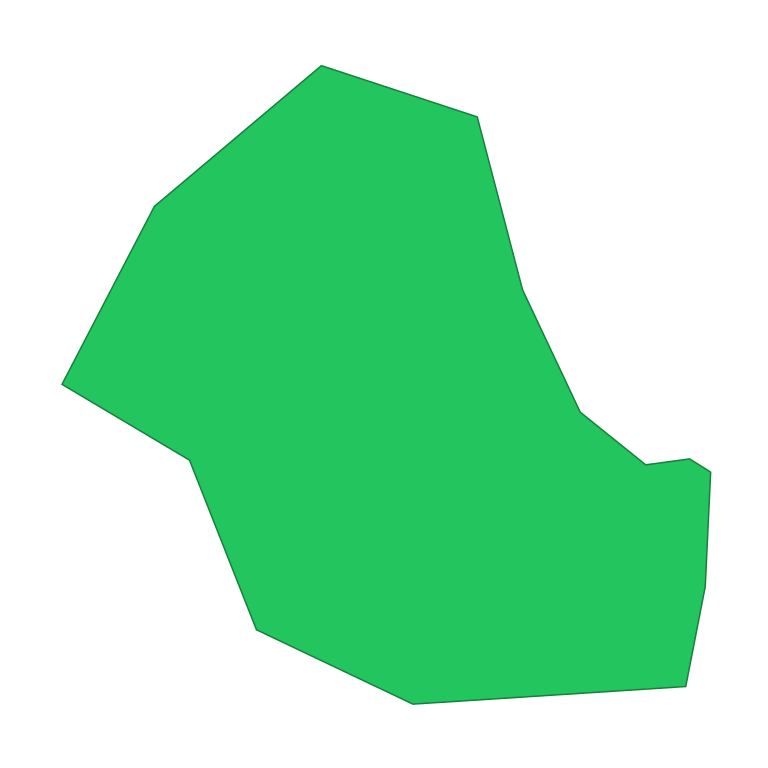 Aimeliik, Robinson projection, rotated 177°
{"feature_id": "PLW-5244", "entity_name": "Aimeliik", "entity_type": "state/province", "adm_level": 1, "iso_a3": "PLW", "parent_name": "Palau", "parent_adm1": "", "projection": "robinson", "projection_center": [134.515, 7.434], "detail": "fine", "context": "isolated", "style": "filled", "palette": "green", "viewbox_px": 768, "rotation_deg": 177, "n_neighbors": 0, "source": "natural_earth", "source_scale": "10m", "svg_char_len": 345}
<svg xmlns="http://www.w3.org/2000/svg" viewBox="0 0 768 768"><g transform="rotate(177 384 384)"><path d="M276.9,645.8L240.7,470.8L189.5,345.6L126.9,289.6L82.7,293.2L62.4,278.9L73.8,164.8L98.5,66.1L371.9,62.8L524.2,145.2L582.2,318.1L705.6,400.5L604.0,573.4L429.9,705.2L276.9,645.8Z" fill="#22c55e" stroke="#15803d" stroke-width="1.5"/></g></svg>